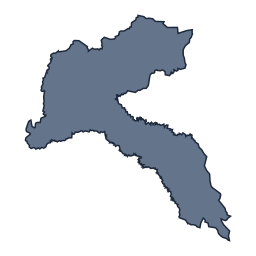 the district of Babahoyo, Los Rios, Ecuador
{"feature_id": "8360857B44096543508351", "entity_name": "Babahoyo", "entity_type": "district", "adm_level": 2, "iso_a3": "ECU", "parent_name": "Ecuador", "parent_adm1": "Los Rios", "projection": "orthographic", "projection_center": [-79.421, -1.876], "detail": "fine", "context": "isolated", "style": "filled", "palette": "slate", "viewbox_px": 256, "rotation_deg": 0, "n_neighbors": 0, "source": "geoboundaries", "source_scale": "gbopen_adm2", "svg_char_len": 5814}
<svg xmlns="http://www.w3.org/2000/svg" viewBox="0 0 256 256"><path d="M123.1,153.7L125.0,154.2L124.7,155.2L125.9,154.7L126.0,155.6L126.7,155.3L127.3,156.3L127.6,155.5L129.4,155.8L129.2,155.1L131.3,155.9L133.2,155.1L133.7,154.0L134.1,154.8L135.0,153.8L135.5,155.3L136.2,154.9L136.6,155.8L140.6,156.7L140.6,157.5L141.2,157.5L140.9,158.1L138.8,158.2L139.2,159.0L138.2,159.6L139.4,160.7L138.6,161.2L139.5,161.7L138.5,162.5L139.5,163.0L139.4,163.8L140.4,163.6L141.0,164.8L141.4,164.0L141.9,164.7L143.2,164.7L142.2,165.3L142.7,165.9L142.2,166.8L143.1,166.6L143.1,168.0L145.5,167.2L145.5,166.7L146.8,167.5L148.3,166.8L151.0,168.5L153.8,168.0L154.3,168.8L155.3,168.2L155.5,169.1L156.7,169.8L157.3,169.6L157.1,171.6L156.4,172.6L157.7,172.8L157.3,173.6L158.1,173.8L160.2,176.8L161.5,176.4L160.9,177.0L161.5,177.8L160.5,178.1L162.3,179.5L162.8,180.9L161.8,181.3L163.0,183.7L164.1,184.0L163.9,184.9L164.7,185.3L164.2,186.2L166.0,187.0L165.4,187.8L167.5,187.7L167.5,188.9L166.8,189.2L168.7,189.2L167.8,190.1L168.7,190.6L167.9,191.2L168.2,191.8L168.9,191.3L170.6,191.5L171.2,194.0L170.4,196.4L171.6,197.2L171.3,198.9L172.4,197.7L172.8,199.3L172.2,200.5L173.2,200.7L173.7,199.5L174.2,201.2L175.5,201.9L175.0,203.0L177.9,204.4L177.2,205.0L177.8,206.7L179.2,208.0L179.8,209.9L179.2,212.2L179.9,214.8L179.0,216.6L179.4,217.7L185.5,220.0L187.8,223.6L188.1,223.2L191.1,224.8L193.9,224.7L196.0,225.6L197.1,226.8L199.9,227.7L200.8,223.0L203.2,218.1L204.9,219.7L205.3,220.7L204.9,221.8L208.0,223.0L208.8,226.7L215.7,227.8L217.7,230.4L218.5,233.5L220.6,235.7L222.7,237.3L226.4,238.4L228.1,240.1L229.5,240.6L228.4,236.0L229.6,231.0L223.7,224.9L221.7,221.5L221.1,218.9L225.2,220.6L226.9,219.8L227.2,218.8L230.5,216.2L227.0,214.8L227.1,212.9L225.8,211.5L225.0,208.3L218.6,200.2L219.9,198.7L220.7,195.1L220.3,193.6L212.2,187.5L211.0,185.8L210.0,180.9L209.6,174.1L206.7,170.6L204.4,165.9L206.7,156.6L204.3,154.1L201.4,149.4L199.0,147.3L198.2,144.0L195.1,141.9L194.9,140.6L193.7,140.0L193.5,139.1L191.7,138.4L192.2,137.5L191.7,137.1L192.0,135.1L190.3,134.1L190.3,135.0L189.7,134.6L188.9,135.5L187.9,135.1L187.0,135.7L186.1,135.2L185.8,136.2L185.2,134.4L182.9,132.9L181.6,134.7L179.3,133.3L179.1,134.5L177.5,134.5L177.2,135.4L174.3,135.0L174.8,134.1L173.5,133.9L173.7,132.5L171.8,132.1L172.5,129.6L170.4,130.1L171.0,129.2L170.5,128.9L167.2,128.3L167.9,125.2L166.3,125.0L164.5,127.3L163.8,124.1L160.9,125.4L159.1,124.2L157.8,124.7L157.1,123.7L155.6,124.4L156.5,122.7L155.4,122.5L153.9,123.3L153.1,124.6L151.5,122.2L150.6,123.0L150.7,124.7L148.3,122.6L145.8,124.2L145.1,122.7L146.3,121.3L145.9,119.9L144.6,120.9L142.8,118.9L141.5,119.7L141.2,117.1L140.6,119.6L139.7,119.1L139.7,117.4L139.0,117.9L138.5,119.9L137.9,118.1L137.1,117.7L136.7,118.8L137.3,120.6L134.9,120.8L134.4,119.8L133.0,119.7L133.3,117.2L132.3,116.5L130.9,117.0L130.2,114.6L128.0,114.8L127.2,111.7L125.9,111.8L125.5,109.4L124.4,109.1L124.5,107.8L122.2,107.8L121.4,104.8L118.6,103.7L117.8,100.3L116.0,99.7L115.6,98.9L117.5,98.9L117.0,97.5L117.9,96.8L116.7,96.1L116.5,95.1L117.7,94.8L117.8,96.0L119.0,95.6L120.1,96.3L120.6,95.0L121.8,94.9L121.8,94.1L123.4,94.5L124.2,93.2L125.4,93.5L126.2,92.9L127.6,90.8L135.4,92.4L138.2,90.2L139.7,90.4L143.3,88.4L146.1,88.4L148.3,85.5L150.0,75.1L151.9,73.1L153.4,73.3L154.6,72.6L154.8,70.6L156.8,69.8L157.2,70.4L160.3,70.8L162.5,69.9L165.0,71.6L165.3,74.8L169.5,75.6L170.8,73.9L171.8,73.6L170.9,72.6L171.2,72.1L172.9,73.3L174.0,71.8L174.2,70.3L173.4,69.2L176.2,71.1L177.9,70.4L177.9,68.4L180.2,69.4L185.0,68.1L186.0,64.6L185.0,62.8L184.3,58.1L183.2,55.1L183.2,49.6L185.4,45.7L189.3,42.4L189.7,39.0L191.1,37.5L192.5,33.8L192.1,32.9L192.2,29.7L186.7,30.6L178.1,33.4L177.4,27.4L167.4,27.5L163.0,23.6L164.0,21.7L155.4,21.4L152.6,18.7L148.5,18.2L147.0,18.6L145.3,18.0L144.0,16.7L138.0,15.4L137.9,17.3L136.3,17.5L135.8,19.9L131.6,22.7L131.2,26.9L129.8,27.1L129.3,28.8L128.1,28.5L124.1,31.0L120.9,31.0L119.3,31.9L119.1,34.9L118.8,34.1L118.4,35.4L115.3,36.6L115.5,37.9L114.5,38.9L110.7,39.4L104.3,37.3L101.7,39.6L101.2,40.4L102.1,43.7L101.7,45.7L102.4,46.3L101.9,48.9L100.3,48.5L99.1,49.9L97.9,48.9L94.3,49.2L92.3,48.2L88.4,51.2L88.4,49.8L87.1,47.6L87.4,46.6L78.9,40.7L74.4,40.5L73.1,41.5L73.1,44.1L71.1,44.6L69.4,48.2L66.0,50.8L59.4,51.8L58.5,51.6L58.4,50.9L55.8,53.0L53.3,53.2L51.0,54.6L50.8,56.4L52.2,57.9L51.8,58.7L51.3,58.4L50.5,59.1L50.4,59.8L51.3,60.4L50.5,62.6L47.8,65.5L48.0,66.3L49.1,67.0L49.1,68.9L47.6,69.7L47.7,70.5L47.0,70.4L46.6,71.9L47.0,72.6L46.3,72.4L44.6,77.7L43.0,78.1L43.4,80.1L42.6,81.8L43.0,83.9L41.4,87.0L41.8,88.3L41.0,90.1L41.7,91.2L43.1,91.4L44.3,90.7L44.6,91.2L43.7,96.9L44.1,102.0L43.4,103.7L44.2,105.6L42.9,111.1L44.6,112.0L43.2,113.9L44.5,115.2L45.8,115.0L45.8,115.6L45.1,116.5L41.0,118.2L40.2,122.5L37.4,122.4L35.6,123.3L35.1,127.6L34.1,127.7L31.9,126.1L30.9,120.1L29.3,120.9L28.4,122.2L26.2,128.6L26.1,130.6L27.0,131.9L29.6,132.9L30.4,134.1L26.1,137.6L25.5,139.4L25.6,140.7L27.1,141.4L27.2,142.8L29.3,145.1L29.3,147.0L31.2,148.5L33.1,147.6L34.7,147.9L35.9,149.1L38.7,147.8L39.8,148.9L41.9,147.4L43.8,148.2L45.9,146.8L46.5,144.5L48.4,143.0L50.3,142.7L50.3,140.8L51.7,141.6L51.9,139.8L53.3,140.8L54.6,140.3L55.0,141.2L56.1,141.1L57.2,141.9L59.6,140.6L60.6,141.3L63.2,140.4L64.5,140.6L65.7,139.9L66.1,138.9L67.6,138.7L68.2,137.9L71.7,137.8L72.1,133.0L73.1,134.2L74.3,134.0L75.4,132.1L78.0,132.3L81.7,130.7L83.0,131.9L85.5,130.9L89.0,131.9L90.1,129.8L91.0,130.6L92.7,130.3L93.9,131.0L93.9,130.6L97.0,131.2L98.7,132.7L100.1,132.9L100.8,131.7L102.8,132.4L104.6,131.5L105.1,134.4L106.4,135.1L105.3,135.9L106.5,136.8L105.7,137.5L106.1,138.9L107.8,140.5L108.4,140.4L109.5,142.2L110.8,142.2L110.2,142.8L112.2,142.7L112.4,143.4L113.4,142.9L114.2,143.8L113.9,144.8L114.7,144.5L115.5,146.4L117.3,145.3L119.2,145.7L120.0,149.5L119.2,150.2L120.3,151.3L120.9,150.9L123.1,153.7Z" fill="#64748b" stroke="#1e293b" stroke-width="1.5"/></svg>